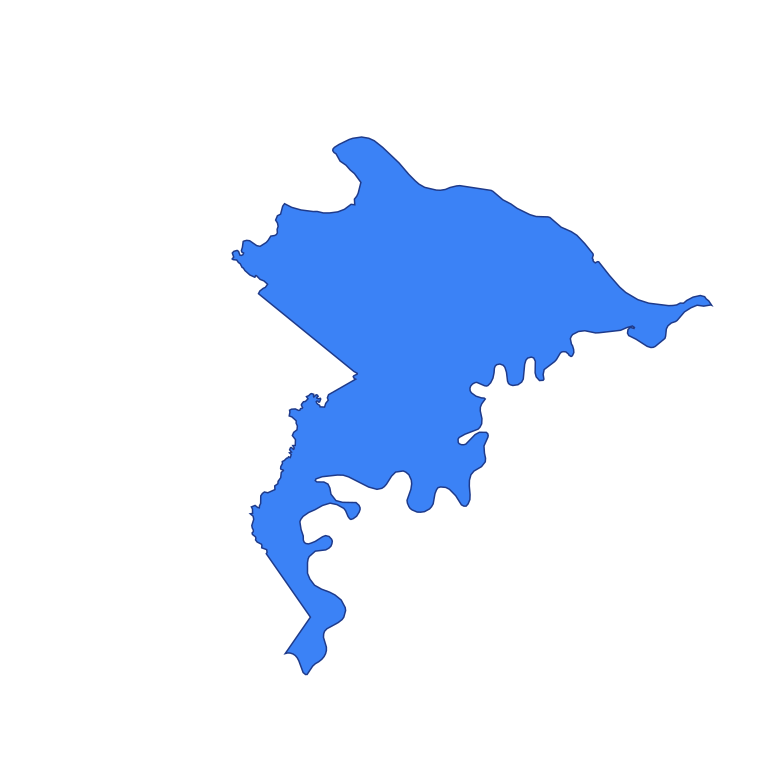 outline of Puerto Cortes, Cortés, Honduras, rotated 40°
{"feature_id": "27666195B79582673708274", "entity_name": "Puerto Cortes", "entity_type": "district", "adm_level": 2, "iso_a3": "HND", "parent_name": "Honduras", "parent_adm1": "Cortés", "projection": "mercator", "projection_center": [-87.847, 15.757], "detail": "fine", "context": "isolated", "style": "filled", "palette": "blue", "viewbox_px": 768, "rotation_deg": 40, "n_neighbors": 0, "source": "geoboundaries", "source_scale": "gbopen_adm2", "svg_char_len": 6170}
<svg xmlns="http://www.w3.org/2000/svg" viewBox="0 0 768 768"><g transform="rotate(40 384 384)"><path d="M584.4,113.1L579.3,111.6L576.1,111.7L573.5,111.0L569.4,112.9L564.9,118.8L562.2,125.4L561.5,129.6L558.9,131.6L557.4,135.3L554.9,138.1L551.7,141.0L534.9,151.9L524.3,156.2L510.4,158.5L502.2,158.3L486.7,155.9L469.9,152.4L468.9,153.1L468.0,155.4L466.3,155.5L464.8,155.2L464.4,154.4L462.7,153.7L461.4,150.7L460.3,149.9L447.5,147.4L436.2,146.1L429.6,146.9L418.9,150.0L404.1,149.8L402.2,150.6L392.9,157.9L386.9,160.5L373.1,163.9L365.6,164.5L356.7,166.5L343.7,166.4L341.7,166.8L314.6,183.3L312.3,185.6L308.3,191.0L306.0,195.5L302.6,199.4L299.5,201.8L288.8,207.2L282.4,208.4L277.3,208.3L268.3,207.5L253.4,205.0L230.9,203.6L220.2,203.9L214.4,205.5L208.1,209.2L202.2,215.8L200.2,219.0L195.6,229.3L193.9,234.6L193.9,236.9L194.8,238.2L196.9,238.8L199.4,238.5L207.1,241.5L214.2,240.8L220.7,241.8L226.1,241.8L236.7,244.4L241.6,254.5L242.4,257.6L242.5,261.4L246.4,265.5L243.3,267.5L241.4,275.6L238.0,281.8L232.3,288.0L227.7,291.9L221.9,294.8L218.9,297.4L208.6,304.0L199.8,308.0L191.9,309.8L192.1,312.9L195.6,320.4L194.2,323.6L195.6,328.1L198.8,329.1L201.6,331.3L202.7,334.2L205.2,336.8L205.5,338.7L204.8,340.5L202.2,343.5L202.9,348.6L202.8,351.3L200.6,358.2L197.6,359.8L189.0,360.6L186.5,362.2L184.9,364.4L184.5,365.3L187.7,370.4L189.0,373.5L190.2,374.3L192.3,373.9L192.8,375.6L192.1,377.2L190.8,377.9L187.3,375.9L185.6,376.1L183.7,378.9L183.6,381.2L187.3,383.4L187.3,385.8L188.5,385.7L191.5,383.7L194.4,384.5L196.6,384.3L200.3,385.9L201.7,385.6L204.6,386.5L211.2,386.7L216.3,385.3L216.5,384.8L215.9,383.6L216.6,383.0L221.8,383.5L225.8,382.2L230.7,382.4L231.0,386.3L230.0,388.3L229.1,392.6L229.8,395.5L352.9,393.7L356.7,393.0L357.1,393.7L355.6,397.0L355.7,398.2L357.8,398.9L359.2,398.5L348.4,427.8L349.5,431.0L351.7,432.2L351.8,436.3L353.3,439.9L349.7,442.6L348.4,441.7L346.0,442.1L344.4,441.7L343.4,441.1L343.5,440.2L344.4,439.6L345.8,439.8L346.2,439.2L345.2,436.2L344.4,435.9L343.2,437.5L341.7,438.0L341.2,437.5L341.5,435.8L340.2,435.3L339.0,435.8L338.6,439.0L337.7,438.6L336.8,437.1L334.7,437.9L334.1,438.8L333.8,441.4L332.7,443.5L335.3,444.2L335.0,447.9L333.7,449.4L333.8,452.0L334.1,453.2L336.9,454.5L336.9,455.4L335.9,456.5L336.4,458.2L335.5,459.2L332.1,460.1L329.3,462.8L328.5,464.8L330.0,466.0L331.9,469.4L334.6,468.4L340.4,468.6L341.9,470.5L344.6,471.8L346.8,475.0L345.9,479.1L346.9,482.4L351.9,483.5L355.5,488.1L353.7,489.8L356.1,490.6L356.8,491.5L356.6,492.3L353.9,492.2L353.3,492.8L354.0,495.1L356.9,495.6L355.8,497.5L358.3,497.6L359.5,500.6L357.7,501.1L357.8,502.7L357.1,503.4L356.8,506.7L355.9,508.8L357.4,510.3L358.0,513.5L359.1,515.2L360.1,515.6L361.8,514.7L362.6,515.0L362.1,517.7L365.1,522.2L365.4,526.6L366.8,528.6L365.8,532.3L368.3,535.0L364.9,542.0L361.8,543.6L361.2,546.0L361.5,548.9L366.3,554.8L366.9,557.3L368.1,559.0L366.6,559.8L363.3,559.9L361.4,563.4L363.6,564.3L366.5,567.6L365.0,569.4L368.7,569.4L371.2,571.4L373.7,577.4L375.7,579.0L377.7,579.8L378.8,581.1L378.7,582.9L379.9,583.8L383.8,583.7L385.0,584.5L385.8,586.0L388.4,586.6L393.1,585.5L394.2,586.1L395.6,588.1L400.6,586.3L402.7,588.2L402.9,589.7L477.5,609.9L481.6,654.0L483.1,651.9L485.1,650.4L487.8,649.3L490.5,649.0L493.5,649.5L496.7,650.8L507.5,657.0L510.6,657.0L511.8,655.9L510.7,646.0L511.2,642.3L512.5,638.8L513.3,634.9L513.3,631.4L512.6,628.2L511.2,625.2L509.0,622.6L500.5,617.0L498.4,614.2L497.4,611.6L497.6,608.1L502.3,596.1L503.3,591.3L503.1,588.5L500.2,582.2L498.0,580.2L490.1,577.0L482.1,577.1L476.2,578.4L468.1,581.3L460.1,582.8L452.7,581.1L447.1,578.2L440.2,570.0L438.3,566.8L437.6,564.3L438.8,556.2L446.0,548.5L447.3,545.1L447.6,542.4L446.8,539.9L445.4,537.6L443.7,536.6L440.0,536.1L436.7,537.7L435.1,540.5L432.5,548.8L430.5,552.6L428.9,555.1L426.5,556.5L424.6,556.5L422.6,555.5L419.8,552.3L413.9,548.7L408.1,543.6L407.3,541.2L407.1,537.4L408.9,530.8L411.9,524.7L415.0,516.5L419.3,509.9L425.5,506.6L433.2,505.1L436.1,505.8L441.6,508.6L444.3,509.3L445.7,509.0L447.0,506.9L448.0,502.9L447.3,498.0L446.3,495.5L445.2,494.2L442.8,493.0L438.8,492.8L428.3,501.3L422.1,504.2L414.2,502.5L409.4,498.5L405.4,496.7L401.0,497.7L395.5,502.2L393.4,502.2L392.9,500.4L396.2,494.8L406.8,483.7L411.3,480.1L416.6,477.9L438.5,472.8L446.3,469.2L449.4,465.3L450.2,462.4L450.3,459.3L449.0,449.7L449.5,444.0L454.6,438.3L457.2,437.5L461.4,437.5L466.6,440.0L469.4,442.7L472.3,447.4L476.4,458.3L478.5,460.2L481.9,461.9L484.0,462.5L486.4,462.4L491.7,460.8L494.5,458.6L497.1,455.7L499.2,450.4L499.3,447.5L498.7,444.2L493.5,435.2L492.2,431.2L492.0,428.7L493.5,426.5L497.8,423.5L501.8,422.6L510.8,423.5L521.0,426.8L523.7,426.2L525.4,424.8L525.5,421.8L524.1,417.4L521.1,413.5L514.9,407.3L511.3,402.8L508.9,397.6L508.9,392.8L511.8,384.6L511.6,378.5L509.5,375.6L505.4,372.4L500.4,367.2L497.8,358.0L497.0,356.6L495.5,355.4L493.4,355.3L488.1,359.7L486.3,364.1L485.3,377.6L484.0,379.4L482.2,380.8L480.1,381.4L478.5,381.1L476.2,378.7L475.9,376.7L478.3,370.4L485.1,358.1L485.3,355.5L484.4,351.7L481.3,347.6L475.0,342.7L472.7,339.8L471.6,336.4L471.2,330.4L469.8,330.4L467.6,332.0L462.3,334.2L456.6,334.6L454.3,333.8L452.5,331.9L451.7,329.7L451.8,327.1L452.8,324.5L454.0,323.1L462.1,320.7L463.8,319.7L464.6,318.4L464.9,314.5L463.7,309.5L461.1,304.7L458.4,300.9L457.7,298.9L457.9,296.8L459.9,294.2L463.3,293.0L465.9,293.5L470.3,296.3L476.8,302.4L479.1,303.6L481.3,303.4L483.7,302.3L487.1,298.4L488.2,294.1L487.5,290.7L479.1,278.5L477.4,274.6L477.4,271.8L479.5,268.7L481.9,267.8L485.3,269.3L492.6,278.3L496.0,280.7L500.9,281.4L503.5,278.9L503.4,277.5L499.8,274.4L497.4,270.0L500.3,257.1L500.4,254.5L499.2,247.3L499.4,245.5L500.4,244.1L502.6,242.5L506.1,242.5L507.2,243.0L509.5,242.7L510.0,242.1L510.0,240.7L509.2,237.9L507.0,235.6L503.8,233.5L501.9,232.9L497.6,229.5L496.8,227.0L496.7,224.8L499.2,218.8L503.6,214.1L513.2,208.9L515.9,206.4L530.7,190.8L533.8,184.6L537.0,179.9L539.5,179.7L539.8,180.8L536.3,182.2L535.9,185.4L537.8,188.5L540.3,189.6L548.2,187.7L561.4,186.0L565.0,184.5L566.7,182.8L567.6,180.9L569.9,168.5L569.0,166.4L564.9,160.3L564.1,156.8L564.9,152.5L567.2,148.7L567.7,146.9L567.8,135.6L570.1,128.4L573.2,122.4L578.9,118.8L583.5,113.4L584.4,113.1Z" fill="#3b82f6" stroke="#1e3a8a" stroke-width="1.5"/></g></svg>